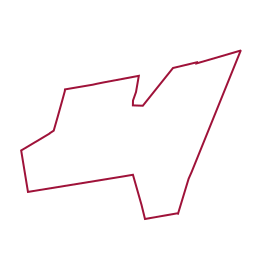 outline of Chipinge Urban, Manicaland, Zimbabwe, rotated 276°
{"feature_id": "62879985B32287047423365", "entity_name": "Chipinge Urban", "entity_type": "district", "adm_level": 2, "iso_a3": "ZWE", "parent_name": "Zimbabwe", "parent_adm1": "Manicaland", "projection": "mercator", "projection_center": [32.63, -20.201], "detail": "fine", "context": "isolated", "style": "outline", "palette": "rose", "viewbox_px": 256, "rotation_deg": 276, "n_neighbors": 0, "source": "geoboundaries", "source_scale": "gbopen_adm2", "svg_char_len": 560}
<svg xmlns="http://www.w3.org/2000/svg" viewBox="0 0 256 256"><g transform="rotate(276 128 128)"><path d="M91.0,195.9L216.5,231.9L216.7,231.7L199.4,189.4L200.5,189.5L192.7,167.4L192.4,166.5L151.7,140.4L151.0,130.5L155.8,130.1L164.6,132.2L181.0,133.3L170.7,98.7L169.1,93.6L168.8,92.6L167.4,88.5L162.8,72.0L159.8,61.3L158.0,61.3L147.1,59.5L131.8,56.9L117.6,54.4L114.6,50.7L114.3,50.6L110.7,45.8L94.5,24.1L54.0,35.2L79.5,128.9L82.0,137.8L52.9,149.5L39.3,154.4L48.2,185.6L48.0,186.7L83.9,193.6L91.0,195.9Z" fill="none" stroke="#9f1239" stroke-width="2"/></g></svg>